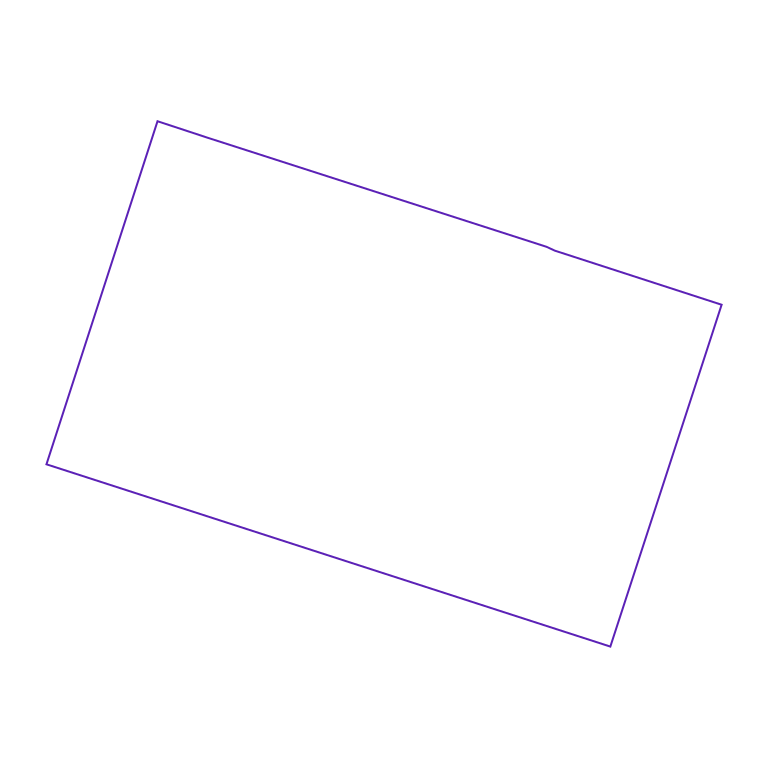 the district of Andrews, Texas, United States of America, rotated 198°
{"feature_id": "52423323B79543792390346", "entity_name": "Andrews", "entity_type": "district", "adm_level": 2, "iso_a3": "USA", "parent_name": "United States of America", "parent_adm1": "Texas", "projection": "robinson", "projection_center": [-102.679, 32.305], "detail": "fine", "context": "isolated", "style": "outline", "palette": "violet", "viewbox_px": 768, "rotation_deg": 198, "n_neighbors": 0, "source": "geoboundaries", "source_scale": "gbopen_adm2", "svg_char_len": 282}
<svg xmlns="http://www.w3.org/2000/svg" viewBox="0 0 768 768"><g transform="rotate(198 384 384)"><path d="M680.6,563.9L680.2,203.3L87.6,204.2L87.4,515.8L87.4,533.9L87.4,563.7L262.7,563.6L271.8,564.7L627.9,563.7L680.6,563.9Z" fill="none" stroke="#5b21b6" stroke-width="2"/></g></svg>